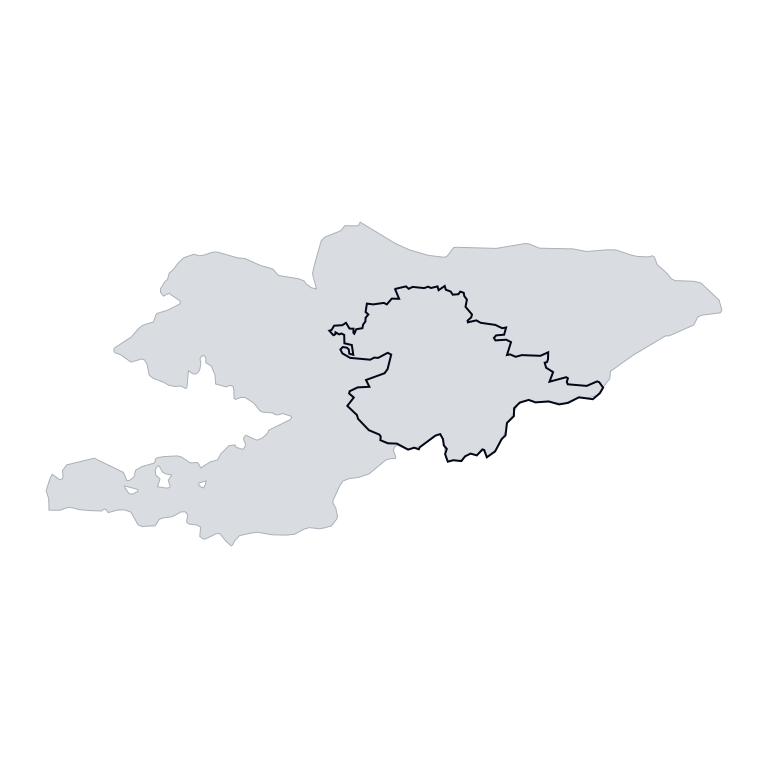 location of Naryn within Kyrgyzstan
{"feature_id": "KGZ-1118", "entity_name": "Naryn", "entity_type": "Region", "adm_level": 1, "iso_a3": "KGZ", "parent_name": "Kyrgyzstan", "parent_adm1": "", "projection": "albers", "projection_center": [75.468, 41.376], "detail": "medium", "context": "in_parent", "style": "outline", "palette": "ink", "viewbox_px": 768, "rotation_deg": 0, "n_neighbors": 0, "source": "natural_earth", "source_scale": "10m", "svg_char_len": 5576}
<svg xmlns="http://www.w3.org/2000/svg" viewBox="0 0 768 768"><path d="M155.6,458.8L157.7,457.6L164.2,456.6L177.2,455.9L181.6,457.1L190.3,462.9L197.1,462.5L198.3,463.3L200.7,467.9L210.5,461.7L217.4,460.0L221.1,453.5L228.8,445.9L235.1,444.8L235.1,446.1L236.3,447.3L242.6,449.4L244.6,447.4L245.8,444.5L243.7,439.8L243.7,437.9L245.9,435.2L255.9,439.9L258.2,439.9L262.9,437.6L267.3,433.4L268.9,430.1L290.1,419.7L291.6,417.8L291.3,416.3L282.7,413.5L278.7,414.8L275.1,414.7L273.0,413.0L262.4,412.1L260.1,410.9L253.4,402.7L244.9,397.4L240.6,397.5L235.6,399.4L234.0,398.4L233.9,390.9L233.1,386.4L230.1,385.3L226.2,386.9L215.7,384.0L214.9,374.5L211.2,366.1L205.8,362.6L205.8,357.6L203.9,355.4L202.3,355.9L200.0,358.3L200.8,363.8L199.8,369.3L198.4,372.0L195.9,374.0L193.1,373.9L188.4,370.9L186.9,387.5L185.9,388.5L180.3,385.9L175.6,386.6L168.8,385.3L163.8,382.3L153.8,378.6L149.3,375.3L147.0,364.0L144.4,359.9L141.9,358.9L131.0,362.1L120.5,354.7L115.1,352.9L113.8,350.8L114.2,348.2L131.5,336.8L138.5,328.6L142.8,325.2L153.4,322.0L156.2,314.3L157.1,313.4L167.8,310.1L180.0,303.8L180.3,302.0L179.2,300.3L168.9,293.4L163.4,296.1L160.4,292.2L160.6,288.5L164.5,282.3L167.6,279.2L169.2,273.1L173.6,269.2L178.3,262.8L183.9,257.7L193.9,254.2L199.3,255.8L204.5,255.0L212.6,252.1L217.5,252.1L237.8,257.9L244.6,258.4L260.3,265.4L272.7,269.0L278.6,275.5L298.5,278.8L304.0,280.8L305.9,283.8L311.5,287.8L316.4,288.8L312.5,273.7L314.4,264.9L321.2,240.8L324.6,237.2L341.0,230.6L344.8,225.7L356.4,225.9L358.8,225.1L360.2,222.2L396.0,243.9L409.6,249.9L428.5,255.4L444.5,257.3L447.3,256.0L453.6,247.6L456.7,247.3L496.4,248.4L524.7,243.6L528.8,243.8L539.5,248.2L573.1,248.9L586.4,251.5L607.3,249.8L616.1,250.0L632.2,255.4L637.8,256.5L648.3,256.9L652.2,255.8L654.5,257.1L657.1,264.5L667.4,273.7L671.2,278.7L675.0,280.6L693.8,281.3L700.9,283.0L719.1,300.1L721.9,310.5L720.2,312.8L701.9,315.2L697.8,317.0L693.7,325.0L669.3,335.8L665.7,335.8L633.1,355.2L610.5,371.3L609.8,378.6L596.8,395.7L586.6,398.0L578.0,397.9L563.8,403.3L545.6,402.0L539.4,402.4L527.4,400.3L522.6,401.6L517.5,405.1L510.6,418.5L507.8,421.7L506.5,424.7L505.5,431.2L502.9,438.1L497.0,448.6L491.9,453.5L487.1,456.6L483.3,450.2L477.1,454.7L471.2,453.8L467.7,455.2L459.5,460.7L447.5,460.6L446.2,458.7L443.8,443.5L441.7,436.3L439.9,434.7L437.8,434.5L420.6,446.4L412.6,448.5L406.0,448.9L397.4,445.2L395.5,446.1L394.0,448.0L393.4,450.5L395.9,457.3L395.2,458.6L391.3,458.5L385.8,460.0L369.1,473.9L358.6,477.4L348.8,478.7L342.9,481.1L339.6,486.2L332.9,500.6L333.1,503.6L335.7,507.6L337.5,516.4L337.0,518.6L331.6,525.8L324.9,527.8L319.6,528.8L309.5,527.6L304.3,529.0L294.6,534.2L286.7,535.1L271.9,534.8L257.3,532.2L252.5,532.8L239.5,535.6L234.9,540.5L232.4,545.2L231.1,545.8L226.1,541.3L219.8,533.6L216.6,533.6L204.7,539.2L203.0,538.9L199.8,536.5L200.6,527.1L197.0,525.0L189.1,524.1L186.5,521.9L187.7,515.9L186.9,513.6L184.9,511.7L180.8,512.0L172.3,516.7L162.6,518.0L159.2,519.4L155.1,525.8L142.1,526.5L138.1,524.8L130.9,512.1L124.4,509.9L117.6,510.0L108.2,512.6L106.1,509.8L103.8,509.0L101.5,511.0L90.2,510.6L78.8,509.6L72.3,507.7L68.0,507.5L59.4,510.3L49.0,510.1L48.7,498.7L46.1,490.7L50.1,478.3L52.1,474.3L59.5,479.6L62.3,479.0L63.2,476.6L62.4,470.8L66.7,464.9L94.2,458.2L123.4,472.4L126.9,480.6L129.5,480.4L133.9,477.1L135.6,470.3L141.6,466.7L154.7,462.9L155.6,458.8ZM169.6,487.6L170.2,486.4L168.3,480.4L171.6,475.0L165.5,473.8L162.5,472.0L159.3,466.2L158.2,465.9L156.3,467.4L155.2,471.0L155.8,475.0L160.0,479.0L157.5,486.7L166.4,488.1L169.6,487.6ZM138.0,491.4L137.8,489.7L135.8,488.8L124.6,486.0L124.9,487.6L129.0,493.7L132.2,494.2L138.0,491.4ZM205.4,484.5L206.2,480.9L199.4,482.8L198.5,484.6L200.7,487.0L203.6,487.9L205.4,484.5Z" fill="#d9dde1" stroke="#a8b0b8" stroke-width="1"/><path d="M603.1,387.6L599.9,393.2L592.8,399.2L578.9,397.3L568.0,402.9L559.1,404.4L548.6,401.4L535.5,402.4L528.7,399.9L519.7,402.6L514.1,408.2L513.9,416.1L507.0,422.9L505.5,435.4L501.6,439.1L495.1,451.4L486.8,457.3L484.2,450.0L482.4,449.4L476.8,455.4L470.6,453.6L465.1,456.3L461.4,461.1L453.3,460.2L447.8,461.7L445.1,454.1L446.8,448.9L443.8,445.3L443.0,439.2L440.2,434.1L435.4,435.6L419.8,447.2L418.8,449.3L414.2,447.7L408.1,449.6L396.9,443.6L387.9,443.3L380.4,440.2L380.7,436.5L379.4,434.6L368.9,430.2L358.1,418.9L356.9,415.0L347.3,405.9L353.8,397.5L349.1,393.5L349.7,391.2L357.6,387.4L369.4,386.8L366.0,380.0L384.6,373.2L387.6,369.0L391.2,354.6L387.7,352.8L378.1,357.9L374.2,357.6L370.2,359.7L350.2,357.9L342.4,353.4L340.4,349.5L342.8,347.0L346.9,347.7L348.8,349.5L349.3,353.7L353.3,354.8L351.8,345.0L344.4,343.3L344.2,334.9L341.4,333.5L339.2,334.4L335.5,332.3L335.3,334.3L333.4,335.2L329.3,330.7L331.6,329.9L334.1,325.7L342.3,325.2L346.0,322.8L349.5,328.6L353.5,328.7L353.4,332.8L354.3,333.7L356.3,329.2L362.4,328.2L363.1,324.6L365.4,321.5L365.6,317.8L368.3,314.5L365.6,312.0L366.9,303.6L373.2,304.4L383.9,302.9L386.8,304.4L391.8,298.6L399.1,298.8L395.1,289.2L395.7,288.8L406.0,286.4L408.7,288.8L412.6,286.9L424.1,288.1L428.1,286.7L431.0,288.0L437.5,286.4L438.6,290.2L444.7,286.0L445.8,289.7L450.6,291.5L452.8,294.7L458.4,294.2L460.3,291.6L463.7,292.8L464.3,296.1L466.9,299.6L465.5,306.8L472.0,314.5L471.2,317.4L467.6,320.6L467.9,322.3L476.3,320.4L480.7,322.8L495.3,324.9L502.2,328.2L506.1,327.5L504.1,334.7L496.1,335.4L493.9,338.0L495.5,340.4L506.2,339.7L511.0,342.1L507.0,355.0L510.1,354.4L515.7,356.8L521.7,355.1L540.4,355.8L548.2,352.3L548.0,359.2L547.0,362.1L544.7,362.7L546.1,367.7L553.1,372.1L549.5,381.7L566.2,377.2L567.9,378.3L566.8,382.0L567.8,384.3L586.7,385.9L597.1,381.4L599.3,382.3L603.1,387.6Z" fill="none" stroke="#020617" stroke-width="2"/></svg>